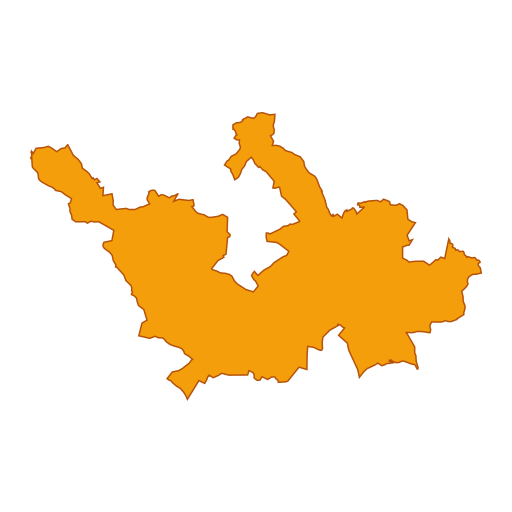 outline of El Roble, Sucre, Colombia
{"feature_id": "7082276B3034597933819", "entity_name": "El Roble", "entity_type": "district", "adm_level": 2, "iso_a3": "COL", "parent_name": "Colombia", "parent_adm1": "Sucre", "projection": "albers", "projection_center": [-75.136, 9.08], "detail": "fine", "context": "isolated", "style": "filled", "palette": "amber", "viewbox_px": 512, "rotation_deg": 0, "n_neighbors": 0, "source": "geoboundaries", "source_scale": "gbopen_adm2", "svg_char_len": 6073}
<svg xmlns="http://www.w3.org/2000/svg" viewBox="0 0 512 512"><path d="M138.8,335.8L149.7,338.3L155.1,336.3L158.2,337.7L162.7,338.0L164.2,339.1L166.0,341.5L169.6,344.2L174.3,346.1L179.1,347.4L182.2,349.0L183.9,351.6L184.5,353.6L189.0,356.3L192.6,359.4L191.4,360.0L189.4,363.0L182.4,368.5L178.7,370.6L172.3,372.0L167.1,378.6L169.0,380.1L171.1,380.9L172.3,382.5L176.6,386.2L180.2,388.3L183.6,392.1L186.1,396.1L187.4,399.3L198.9,380.6L204.7,383.4L206.8,379.6L207.4,377.5L208.6,375.6L209.0,376.1L209.4,375.3L213.2,377.7L218.4,375.4L221.7,373.3L228.7,375.1L247.6,375.0L249.0,370.6L253.0,372.6L254.1,374.6L254.2,378.0L256.8,380.1L257.9,380.4L260.1,380.0L261.9,376.7L267.7,379.5L271.3,377.1L274.2,376.8L275.0,377.1L276.0,378.9L277.6,379.9L278.3,381.3L278.3,382.3L285.9,381.8L287.9,381.0L299.0,367.2L306.9,369.5L307.1,354.5L307.7,346.4L313.5,347.3L320.0,350.3L321.7,350.2L322.5,348.6L322.2,341.8L322.9,337.1L329.9,330.1L337.9,325.7L337.6,324.4L338.0,324.1L339.0,324.9L340.6,325.0L342.5,327.0L344.6,327.9L338.6,335.3L347.4,343.2L348.7,350.1L357.7,369.5L359.4,377.3L363.8,371.7L367.0,368.7L375.5,364.7L377.7,363.1L381.8,365.7L385.0,364.7L385.9,363.8L392.8,362.8L391.5,361.6L389.8,361.3L390.2,360.9L389.6,360.3L391.0,359.9L392.9,361.5L395.6,362.6L398.4,362.6L402.3,361.1L403.8,361.1L412.1,364.2L414.4,364.5L415.2,365.1L417.1,369.0L417.9,369.0L418.0,367.3L416.2,361.4L415.9,355.8L414.7,352.8L414.7,346.9L407.2,333.9L406.2,332.9L406.3,332.4L412.3,332.7L417.6,331.4L423.4,331.7L429.9,332.8L430.7,329.7L430.0,327.2L430.2,324.5L431.8,321.9L440.4,322.1L442.8,321.7L445.2,320.7L448.6,321.6L451.2,321.6L456.8,319.5L456.8,319.0L463.9,314.5L463.7,313.2L464.9,308.7L465.1,306.2L463.2,301.3L463.0,296.4L461.7,291.2L465.1,288.1L467.2,285.5L468.0,283.7L467.4,281.9L467.5,279.5L468.4,277.5L469.8,276.1L472.9,274.3L476.4,274.2L481.3,273.0L480.2,267.6L478.8,266.1L478.1,264.5L478.2,263.4L480.0,262.5L480.1,261.8L478.7,260.2L476.6,259.9L475.6,258.2L474.5,257.5L471.6,257.9L467.9,256.6L466.8,257.4L466.3,256.3L464.3,254.4L464.0,252.4L462.9,251.1L461.7,251.5L459.3,251.5L458.3,250.2L457.1,249.8L455.9,250.4L455.1,248.4L452.5,247.3L452.9,244.9L451.7,243.5L450.1,243.2L449.9,240.9L448.8,238.9L444.7,258.5L440.9,257.1L437.7,260.1L436.0,259.6L429.6,265.2L423.6,261.2L415.2,261.3L408.7,262.0L407.5,260.6L402.6,258.0L402.6,247.0L407.0,245.3L409.0,245.2L412.4,239.7L409.1,240.8L407.1,235.2L415.4,222.7L411.9,221.8L407.9,219.3L407.0,210.0L402.8,205.4L399.3,203.7L396.8,205.0L395.4,205.3L390.4,204.8L389.5,201.5L383.6,199.2L380.6,201.8L376.9,200.4L369.1,201.0L367.3,201.3L365.6,202.3L364.9,201.6L360.8,203.2L358.0,203.0L357.6,204.9L359.6,205.2L359.9,207.4L364.0,207.0L364.0,207.5L356.8,214.0L356.1,211.6L354.7,209.5L353.6,208.2L352.4,207.9L351.9,208.9L346.9,211.3L346.8,210.0L345.9,210.7L345.3,210.5L343.6,213.2L342.0,218.0L337.3,214.2L333.9,216.3L333.1,216.4L332.8,215.9L333.4,214.9L333.0,214.5L331.4,215.9L329.6,212.9L328.3,209.4L326.7,207.1L325.1,200.2L321.5,191.3L321.5,191.0L322.1,190.9L319.6,186.8L316.8,179.2L314.7,176.2L309.0,172.7L307.1,170.3L304.6,166.4L303.7,161.4L300.2,156.8L294.6,154.5L291.8,152.5L285.5,150.6L283.1,148.1L279.9,146.2L276.4,145.4L272.2,145.5L273.6,141.4L270.5,135.8L272.9,134.5L274.0,133.2L274.2,129.5L273.4,126.9L273.3,124.9L274.5,120.9L274.9,114.3L269.7,114.9L262.6,112.7L257.9,113.3L257.0,114.0L255.7,116.6L253.6,118.4L247.6,116.9L242.7,119.6L242.5,120.0L242.9,120.4L241.3,121.9L239.6,122.5L236.3,122.8L232.9,124.9L233.0,129.3L233.9,129.3L235.9,132.1L235.9,133.5L236.9,134.9L236.1,135.2L234.1,138.2L236.6,139.8L239.5,140.0L239.2,143.4L240.3,146.7L240.3,147.8L239.8,149.2L236.2,153.8L231.3,156.3L228.7,160.1L227.2,160.9L224.5,165.0L230.7,169.0L230.8,171.2L232.8,174.5L234.8,179.8L238.5,177.2L240.6,173.1L241.7,169.6L244.8,165.6L246.2,161.7L251.3,157.2L253.1,159.6L254.9,163.4L258.7,167.5L260.0,166.7L262.8,169.9L266.1,171.6L274.2,181.3L272.9,188.0L275.3,188.2L278.9,187.0L279.7,187.6L281.5,196.1L285.8,199.6L296.4,211.8L293.9,214.0L299.6,221.0L299.6,221.5L292.5,224.4L290.0,224.1L288.1,225.7L283.5,226.3L279.7,229.3L269.9,234.0L268.3,233.1L266.3,233.0L266.2,237.3L267.1,241.4L276.4,242.4L279.4,244.0L288.8,251.3L286.6,255.5L283.2,256.7L274.2,262.5L270.6,266.4L263.6,270.3L257.9,275.5L254.4,271.4L252.4,273.9L251.6,275.8L253.9,279.7L255.4,280.9L258.2,286.0L253.4,291.9L245.8,289.5L237.1,283.8L234.4,280.9L232.0,276.3L229.4,274.4L225.1,273.3L220.4,272.9L216.5,270.9L213.0,269.9L211.6,268.7L218.0,260.5L223.9,257.3L223.1,255.6L226.0,254.2L227.6,237.5L229.8,236.6L230.1,234.7L227.1,231.7L227.6,217.3L222.6,214.4L218.2,216.3L211.7,217.3L208.5,217.4L204.3,214.9L197.9,213.3L196.0,211.8L191.9,206.7L193.7,206.0L194.1,205.3L193.0,199.7L188.9,200.5L179.0,199.3L173.7,201.3L177.9,193.9L177.6,193.8L174.7,195.6L171.7,196.1L169.8,197.6L168.8,197.6L164.1,195.2L161.9,194.7L160.8,194.9L158.7,196.3L155.0,190.6L153.2,190.1L150.6,190.6L148.7,191.9L149.0,193.2L147.0,198.3L147.4,200.3L149.7,203.8L142.7,206.9L140.0,207.1L135.3,209.5L129.1,209.5L126.1,208.4L116.3,209.5L113.1,205.0L113.2,200.6L112.0,193.8L102.9,195.7L103.5,187.3L100.4,188.3L96.9,182.7L99.9,181.9L96.9,178.5L94.5,179.8L93.2,177.9L92.2,178.6L89.4,174.0L86.7,171.3L82.4,168.2L81.5,164.1L80.7,162.7L78.2,159.4L73.3,155.3L67.8,144.8L67.3,145.0L65.0,147.9L61.2,148.5L56.8,151.7L50.9,147.6L48.2,146.3L44.2,147.5L36.1,148.3L33.2,153.5L31.6,151.3L31.5,152.1L31.1,152.2L31.2,152.7L31.7,152.7L31.8,156.8L31.2,156.8L30.7,158.0L30.9,158.6L31.8,158.6L32.3,166.7L33.2,168.2L37.5,172.5L38.0,173.8L38.6,178.7L39.5,180.0L41.8,182.0L48.6,185.8L51.9,187.1L54.3,188.7L55.5,190.4L61.4,191.7L65.2,194.7L71.5,198.6L70.2,203.0L68.4,203.8L70.0,208.5L70.0,211.5L71.6,215.4L72.1,219.2L75.7,221.8L85.2,221.7L87.4,223.2L90.9,221.2L94.4,222.0L98.7,221.7L113.8,230.3L111.9,240.6L103.9,242.3L103.0,244.6L103.2,246.6L104.3,248.4L109.7,252.3L112.2,255.4L113.3,260.6L115.8,264.8L115.6,267.0L116.6,267.0L123.9,275.1L125.9,280.5L131.0,285.6L131.9,288.5L131.5,290.4L132.5,291.9L131.4,294.2L132.2,295.0L133.6,295.4L136.6,298.1L137.1,301.4L138.3,305.0L138.8,305.8L143.8,309.5L147.0,320.2L142.0,323.1L138.8,335.8Z" fill="#f59e0b" stroke="#b45309" stroke-width="1.5"/></svg>